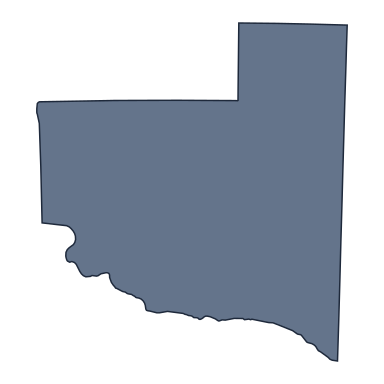 an SVG outline of La Pampa
{"feature_id": "ARG-1296", "entity_name": "La Pampa", "entity_type": "Province", "adm_level": 1, "iso_a3": "ARG", "parent_name": "Argentina", "parent_adm1": "", "projection": "albers", "projection_center": [-66.048, -37.163], "detail": "fine", "context": "isolated", "style": "filled", "palette": "slate", "viewbox_px": 384, "rotation_deg": 0, "n_neighbors": 0, "source": "natural_earth", "source_scale": "10m", "svg_char_len": 1990}
<svg xmlns="http://www.w3.org/2000/svg" viewBox="0 0 384 384"><path d="M237.5,100.7L238.0,100.5L238.1,88.6L238.8,23.0L277.0,23.4L310.8,24.1L347.2,25.1L346.5,46.2L346.0,63.7L344.9,98.7L344.8,101.4L343.9,133.8L343.4,151.3L342.9,168.8L342.0,202.5L341.0,237.5L340.9,240.9L339.9,279.2L338.7,322.1L337.5,361.0L332.2,360.2L329.9,359.2L328.2,357.4L320.5,351.8L318.4,350.7L317.4,349.3L315.9,346.7L315.1,345.8L314.2,345.0L312.0,343.7L307.9,342.6L306.7,342.0L301.6,335.5L300.7,334.7L297.9,334.2L296.9,333.7L292.6,330.6L273.0,322.8L268.8,322.6L251.9,319.2L250.7,319.7L248.8,319.1L244.5,319.7L242.9,318.5L242.5,318.5L234.2,318.4L225.3,320.1L222.1,319.9L219.4,320.9L218.8,321.0L217.7,320.5L215.4,318.9L210.1,316.7L207.0,316.1L205.4,316.2L204.1,316.9L203.1,317.8L201.8,318.7L200.5,319.3L199.3,319.3L198.8,319.0L198.3,318.4L197.6,317.9L196.6,317.7L194.1,317.6L193.6,317.5L192.5,316.5L191.9,316.1L191.1,315.8L188.5,315.5L186.5,314.6L184.9,314.3L183.6,313.6L183.0,313.4L167.5,311.4L159.5,312.8L156.8,312.8L149.6,311.0L148.0,310.8L146.5,310.3L145.8,309.0L145.3,305.4L144.5,303.0L143.1,300.8L141.2,299.1L139.0,298.1L136.3,297.6L135.7,297.3L134.6,296.2L134.2,296.0L133.6,295.8L131.5,294.4L128.5,293.9L127.2,293.5L125.3,292.1L122.6,291.5L116.5,288.3L115.8,288.2L115.4,287.8L114.5,286.4L113.6,285.6L111.4,282.4L109.9,278.3L109.6,277.3L109.6,275.7L109.4,274.4L108.8,273.4L107.5,272.8L106.1,272.7L100.9,273.8L98.1,275.7L96.6,276.1L92.0,275.5L90.4,276.4L85.8,276.8L83.4,275.7L81.4,273.8L79.8,271.4L76.3,264.4L74.5,262.5L72.1,261.6L71.4,261.6L69.8,262.2L69.2,262.0L68.1,261.3L67.7,261.2L67.1,260.6L66.5,259.1L66.0,257.3L65.8,255.9L66.0,252.3L67.3,249.6L69.2,247.7L73.4,244.6L74.8,242.4L75.6,239.5L75.4,236.0L74.6,233.5L73.1,230.9L71.2,228.7L69.4,227.0L66.7,225.7L42.1,222.9L40.8,166.6L39.3,123.4L37.3,114.1L36.9,113.1L36.8,111.9L36.8,108.8L37.3,103.6L38.3,102.4L39.5,101.8L109.3,100.6L114.0,100.5L141.9,100.4L176.7,100.3L179.0,100.3L235.0,100.6L237.5,100.7Z" fill="#64748b" stroke="#1e293b" stroke-width="1.5"/></svg>